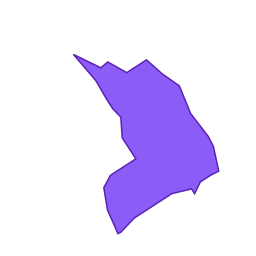 the district of Dongjak-gu, Seoul, South Korea, rotated 57°
{"feature_id": "91817680B72690271662871", "entity_name": "Dongjak-gu", "entity_type": "district", "adm_level": 2, "iso_a3": "KOR", "parent_name": "South Korea", "parent_adm1": "Seoul", "projection": "natural_earth1", "projection_center": [126.961, 37.485], "detail": "fine", "context": "isolated", "style": "filled", "palette": "violet", "viewbox_px": 256, "rotation_deg": 57, "n_neighbors": 0, "source": "geoboundaries", "source_scale": "gbopen_adm2", "svg_char_len": 582}
<svg xmlns="http://www.w3.org/2000/svg" viewBox="0 0 256 256"><g transform="rotate(57 128 128)"><path d="M213.6,75.4L189.9,66.4L178.5,65.3L150.1,67.6L120.6,62.0L101.3,69.8L80.9,75.4L80.9,98.9L61.6,109.0L62.7,118.0L36.6,133.7L70.7,129.2L71.5,129.3L71.8,129.2L93.4,130.3L102.5,130.3L103.6,130.3L114.1,128.3L114.9,128.1L133.1,138.2L157.0,138.2L158.1,138.2L158.1,168.5L164.9,180.8L185.4,189.8L211.2,194.0L211.5,190.9L206.9,171.8L206.9,157.2L206.9,139.3L206.9,127.0L213.7,107.9L219.4,107.9L212.6,96.7L212.6,84.4L213.6,75.4Z" fill="#8b5cf6" stroke="#5b21b6" stroke-width="1.5"/></g></svg>